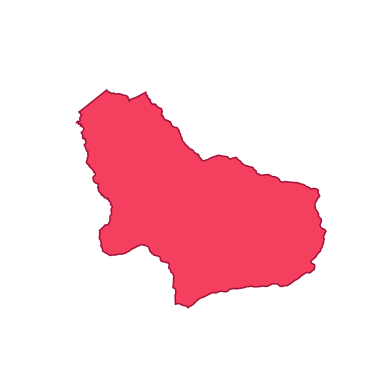 outline of Ginebra, Valle del Cauca, Colombia, rotated 57°
{"feature_id": "7082276B86237155674580", "entity_name": "Ginebra", "entity_type": "district", "adm_level": 2, "iso_a3": "COL", "parent_name": "Colombia", "parent_adm1": "Valle del Cauca", "projection": "natural_earth1", "projection_center": [-76.22, 3.747], "detail": "fine", "context": "isolated", "style": "filled", "palette": "rose", "viewbox_px": 384, "rotation_deg": 57, "n_neighbors": 0, "source": "geoboundaries", "source_scale": "gbopen_adm2", "svg_char_len": 6025}
<svg xmlns="http://www.w3.org/2000/svg" viewBox="0 0 384 384"><g transform="rotate(57 192 192)"><path d="M219.0,118.3L216.6,122.9L215.9,124.8L212.6,126.7L211.6,127.5L210.5,127.6L209.2,126.7L206.5,127.9L205.6,127.6L204.8,127.6L203.9,128.1L202.8,129.4L200.4,131.2L199.0,132.7L197.9,133.4L195.2,134.5L193.5,134.5L192.0,134.8L190.2,135.7L187.0,136.1L185.8,139.2L185.1,142.2L184.1,142.7L182.3,142.9L181.2,143.6L178.7,146.7L176.4,148.8L175.4,150.2L173.6,157.7L173.5,160.7L172.5,164.4L172.4,165.4L171.4,166.0L170.5,166.3L168.8,166.3L166.3,166.9L164.8,166.2L164.1,166.2L160.2,168.6L158.0,168.3L156.0,169.2L155.2,170.1L147.5,171.8L146.3,171.6L145.0,172.1L143.6,172.0L141.8,171.2L138.6,170.8L137.0,170.2L135.2,169.9L134.1,170.1L133.8,169.5L133.3,169.3L131.6,169.5L130.7,169.3L129.4,169.9L128.0,171.7L126.1,172.5L124.0,172.6L123.3,172.1L122.5,172.1L121.9,172.3L121.3,172.0L120.1,173.2L119.5,173.0L119.1,173.1L118.7,173.7L117.5,174.4L117.1,175.3L114.3,175.4L112.9,175.0L112.3,175.4L112.0,175.2L111.5,175.5L110.8,175.1L110.3,175.3L109.7,174.4L108.5,173.7L108.4,173.1L108.2,172.9L105.5,172.4L104.7,172.7L104.1,173.4L103.4,173.8L103.0,174.3L102.5,174.2L102.3,174.5L101.8,174.3L101.3,174.9L100.3,175.1L99.7,175.0L99.5,174.6L98.7,174.8L97.5,175.8L97.4,176.2L97.6,176.8L96.9,177.2L96.7,177.6L96.3,177.4L95.8,177.5L95.0,177.3L94.4,177.9L93.8,177.9L92.8,177.2L92.2,177.2L91.9,176.8L90.9,177.6L90.3,177.1L89.5,177.7L88.4,177.8L87.1,177.0L86.8,177.4L86.4,177.2L85.7,177.5L85.0,177.1L84.0,176.8L83.7,176.9L83.2,176.5L82.3,187.0L81.0,192.5L81.4,195.1L80.6,194.5L79.9,194.3L79.1,194.2L78.9,194.7L78.6,194.8L77.6,194.0L75.6,194.5L73.4,196.6L69.8,199.6L68.4,202.7L66.2,203.9L65.9,205.7L65.2,205.8L64.1,206.6L63.2,206.9L62.8,207.3L61.0,208.1L60.0,207.9L63.3,240.9L63.2,243.2L64.0,243.3L64.0,242.7L66.4,243.0L67.1,242.5L67.5,242.7L68.5,245.4L69.3,245.9L69.6,246.5L70.6,246.4L71.2,247.0L71.4,249.4L70.5,249.3L70.3,249.5L71.0,251.0L71.7,249.9L72.1,249.7L73.2,250.3L73.3,249.6L73.7,249.3L74.0,248.6L74.8,248.6L75.2,247.9L75.4,248.2L75.2,249.2L75.8,249.6L76.3,248.7L76.8,248.7L77.2,248.3L78.0,248.6L78.8,248.1L79.7,248.1L80.7,248.8L81.7,250.8L81.6,252.2L82.3,252.7L84.4,252.6L85.4,253.1L85.9,253.7L86.9,253.8L87.7,254.5L88.0,254.4L87.8,253.4L88.0,253.0L89.2,253.1L90.0,252.5L90.9,253.6L92.5,253.8L93.4,254.4L93.7,255.3L93.4,256.3L94.4,257.0L95.2,256.8L96.7,257.2L98.2,257.4L100.2,258.0L101.7,257.3L103.4,258.9L104.4,258.9L105.0,259.3L106.6,261.2L107.4,261.8L109.2,264.1L110.0,264.6L112.2,264.3L113.1,263.5L113.5,263.6L114.0,264.2L114.4,264.2L116.6,263.8L117.9,263.2L119.3,263.3L120.8,263.0L121.5,263.6L122.2,263.2L124.2,263.1L125.1,264.0L125.4,265.9L126.0,267.2L126.5,267.6L127.8,267.6L128.6,268.5L129.6,268.6L131.7,268.1L132.9,267.3L133.8,266.3L134.2,266.2L135.3,267.2L136.1,267.5L136.9,268.7L137.2,268.6L137.4,267.9L137.8,267.9L138.6,269.0L140.2,269.8L141.6,269.6L142.5,269.1L143.3,269.4L145.6,269.4L145.7,268.5L147.5,268.8L147.7,268.7L147.7,268.2L148.9,268.5L149.4,268.3L149.7,267.6L150.4,267.1L150.7,266.5L151.0,266.5L151.5,267.1L151.9,267.0L152.3,266.0L153.5,266.5L156.7,266.0L158.6,267.3L160.0,266.5L160.6,266.6L161.5,267.6L161.7,268.6L162.5,268.9L163.5,270.1L165.5,270.6L165.9,270.9L167.0,272.4L167.6,274.0L168.9,274.6L170.0,275.6L171.7,276.7L172.7,278.8L173.7,280.1L173.7,280.8L172.6,282.0L172.3,283.6L173.0,284.5L173.2,286.8L173.9,289.4L173.7,290.4L174.9,290.9L175.6,291.6L176.6,291.7L177.2,292.6L177.8,292.7L178.3,293.4L179.0,293.6L179.6,294.5L180.2,294.9L181.0,295.1L182.0,294.8L183.9,295.6L185.1,295.6L185.7,296.0L186.3,296.9L187.3,297.3L187.8,298.0L189.0,297.6L190.8,298.1L192.5,298.9L193.4,298.9L193.9,298.5L194.6,298.4L195.1,297.8L196.4,297.7L197.4,296.6L199.1,296.1L200.8,295.0L201.0,294.6L201.1,293.5L202.3,291.9L202.5,291.3L203.2,290.8L203.1,289.5L203.9,288.6L204.5,286.6L205.9,284.7L207.1,281.0L207.0,278.4L207.5,276.8L207.0,274.2L207.4,271.1L207.3,270.6L207.7,270.0L207.8,269.1L207.4,267.3L208.0,266.8L208.2,264.8L208.8,262.8L212.8,259.1L213.5,258.8L214.4,258.5L215.9,258.7L218.5,259.5L221.8,259.1L222.9,258.5L224.2,258.3L227.4,255.2L228.8,254.4L229.5,254.3L231.4,255.3L232.4,255.5L233.5,255.3L234.3,254.3L235.2,254.0L235.8,253.0L237.6,251.7L238.3,250.8L239.1,250.4L240.0,250.5L241.3,251.2L242.0,252.1L243.0,252.8L243.9,252.9L245.2,252.4L247.7,253.3L249.3,252.6L250.3,252.5L253.5,253.5L254.7,254.8L256.4,255.8L261.8,260.0L262.1,260.0L263.6,258.8L264.9,258.9L268.0,260.7L269.5,262.5L277.1,267.0L277.9,264.5L279.0,263.3L282.0,261.5L284.3,259.0L284.8,258.7L286.1,258.7L286.9,258.3L286.7,256.7L286.9,252.4L285.9,248.0L285.5,243.6L285.8,241.5L286.4,239.9L287.3,231.1L287.8,229.1L288.8,228.1L289.9,226.3L290.1,224.1L291.2,221.3L291.4,220.9L293.1,219.5L294.5,217.1L294.6,215.1L294.0,213.0L294.9,211.5L295.8,209.2L297.1,208.0L297.9,206.5L298.5,204.9L300.2,201.4L301.3,197.5L302.4,195.8L302.8,194.2L304.5,192.5L306.2,190.4L308.6,186.0L309.3,183.8L311.1,182.0L311.9,180.7L312.4,178.4L312.8,174.6L313.7,173.4L314.9,171.3L315.8,170.5L317.4,169.8L319.0,169.5L319.9,168.5L320.5,167.5L320.8,165.8L322.4,163.0L322.5,158.8L322.1,153.7L322.4,152.2L322.4,148.7L321.7,145.5L321.9,144.0L321.7,141.3L322.5,138.8L323.7,137.8L324.0,137.0L324.0,136.0L323.6,134.0L323.5,131.8L323.2,131.3L322.0,130.2L320.8,129.3L319.7,128.8L316.9,130.4L316.3,130.5L315.7,130.5L314.8,129.7L314.5,128.6L314.0,123.9L312.1,119.9L311.5,116.4L310.3,115.3L309.2,113.1L308.4,112.3L307.8,111.2L306.1,109.2L304.7,108.3L303.4,106.7L302.5,106.4L300.6,106.1L300.0,104.0L298.9,103.2L298.1,101.2L297.2,101.0L295.6,101.2L293.5,102.6L292.4,103.2L291.5,103.2L289.2,102.6L287.8,100.3L286.1,98.8L285.1,98.5L283.7,98.6L282.0,99.2L281.0,99.0L279.4,97.8L276.5,97.5L273.0,97.6L271.2,96.5L269.1,95.9L265.9,90.0L265.1,87.2L260.9,86.5L260.0,85.6L259.3,85.1L258.3,85.3L258.0,85.7L256.9,86.2L255.8,87.3L254.8,89.0L254.2,90.7L253.9,90.9L252.6,91.1L250.8,92.0L249.5,93.3L246.8,94.1L244.2,96.6L242.0,98.1L237.5,104.0L234.8,107.1L233.6,108.8L233.2,110.3L231.8,112.1L228.9,112.0L227.5,112.3L225.9,113.1L224.3,114.2L223.4,115.7L222.5,116.4L219.0,118.3Z" fill="#f43f5e" stroke="#9f1239" stroke-width="1.5"/></g></svg>